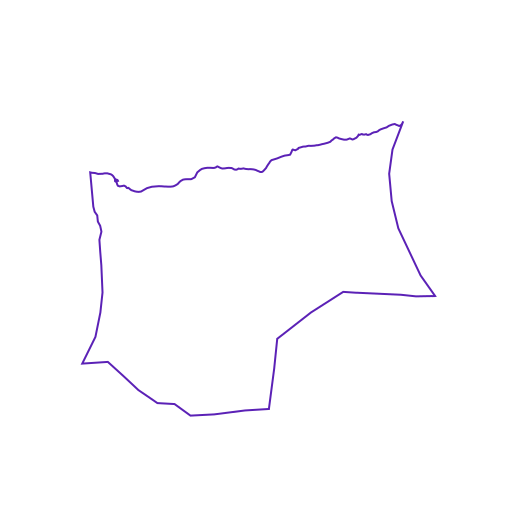 Ras Gharib, Al Bahr al Ahmar, Egypt (Natural Earth projection), rotated 287°
{"feature_id": "37247803B82534825994477", "entity_name": "Ras Gharib", "entity_type": "district", "adm_level": 2, "iso_a3": "EGY", "parent_name": "Egypt", "parent_adm1": "Al Bahr al Ahmar", "projection": "natural_earth1", "projection_center": [32.75, 28.506], "detail": "fine", "context": "isolated", "style": "outline", "palette": "violet", "viewbox_px": 512, "rotation_deg": 287, "n_neighbors": 0, "source": "geoboundaries", "source_scale": "gbopen_adm2", "svg_char_len": 3141}
<svg xmlns="http://www.w3.org/2000/svg" viewBox="0 0 512 512"><g transform="rotate(287 256 256)"><path d="M102.3,121.3L111.3,145.0L111.4,145.3L102.1,165.0L94.5,180.5L93.4,182.7L88.1,199.7L86.5,204.7L90.6,221.4L84.2,240.0L92.3,262.3L105.1,290.7L113.5,313.1L114.4,312.9L154.3,306.2L154.7,306.1L182.6,300.6L183.0,300.5L218.1,325.1L247.2,349.9L250.0,361.9L250.5,363.7L261.3,405.9L264.2,420.9L266.8,428.8L268.9,435.3L269.2,436.2L269.2,436.4L270.0,438.8L270.1,439.0L285.5,419.1L324.1,384.0L348.2,369.7L373.6,359.3L397.7,355.4L427.8,357.4L425.4,357.1L423.5,356.4L422.2,354.9L422.4,353.5L422.5,351.7L422.8,350.1L421.6,347.9L419.3,345.0L417.2,343.3L415.3,340.5L413.4,338.0L412.1,336.8L410.9,336.1L409.8,334.8L408.7,332.5L407.2,330.8L405.9,329.8L404.5,327.7L404.4,326.8L404.7,325.7L403.8,324.2L403.4,322.7L403.6,321.6L403.0,320.7L402.1,319.6L402.1,318.7L400.5,318.4L398.4,317.4L396.7,315.6L396.3,315.3L395.6,314.1L395.8,312.6L395.8,312.4L395.9,311.4L393.8,308.7L393.0,306.3L392.8,303.7L392.7,301.1L393.0,299.4L392.9,297.8L391.4,296.4L389.8,295.5L388.5,294.4L387.4,293.9L386.8,293.5L386.3,292.8L385.7,292.1L385.0,291.1L384.2,289.8L383.2,288.2L382.3,286.5L381.2,284.8L380.1,282.9L379.7,281.7L378.6,279.6L377.5,276.7L376.7,273.9L375.2,271.4L374.4,269.1L372.8,266.7L371.8,265.1L370.8,264.9L370.1,264.2L368.6,262.7L368.5,261.2L368.6,260.1L368.1,259.7L365.8,259.5L364.6,259.3L363.4,259.1L362.9,259.0L362.1,257.7L360.4,254.1L359.0,252.1L358.2,251.0L355.5,247.7L353.8,245.2L352.2,242.8L350.3,241.8L349.2,241.6L347.2,240.9L344.7,240.2L343.1,239.9L340.5,238.7L338.8,237.8L338.1,237.1L337.7,236.0L337.6,235.1L337.8,234.1L337.9,232.6L338.2,230.6L338.1,228.5L337.7,226.3L337.3,224.8L336.8,223.4L336.5,222.0L336.2,220.4L336.1,218.4L335.3,216.9L335.0,216.2L334.7,215.3L334.5,213.7L333.7,213.1L332.8,212.0L332.5,210.9L332.4,209.9L332.8,208.2L333.0,207.0L332.3,204.1L331.6,202.4L330.7,200.6L329.8,198.2L329.8,196.5L330.0,195.2L330.4,193.0L330.0,192.4L328.9,191.6L328.0,190.2L327.6,189.0L327.0,186.6L326.0,183.4L324.9,181.1L323.5,178.8L321.9,177.4L318.8,175.4L313.4,174.5L312.6,173.7L311.7,172.8L310.7,171.8L310.3,171.0L309.7,168.9L308.7,165.9L307.7,163.9L305.7,162.0L304.2,161.1L302.0,160.1L300.6,158.9L299.3,157.6L298.3,156.3L297.3,154.0L296.7,152.1L296.2,150.0L295.6,147.8L295.1,145.4L294.3,142.5L292.9,139.0L291.8,136.2L289.1,132.0L288.6,131.5L286.9,129.9L284.0,127.2L283.0,125.0L282.6,123.1L282.4,121.1L282.5,118.8L282.5,117.6L283.0,116.1L283.6,114.8L283.8,113.9L283.4,113.4L283.3,112.7L283.8,111.9L284.4,111.0L284.7,109.2L283.9,107.8L282.7,105.3L282.8,103.4L283.7,102.5L284.5,101.9L285.8,101.1L286.1,100.1L286.3,99.4L287.0,99.1L287.2,99.8L287.2,100.8L287.3,101.6L287.5,102.0L287.9,101.7L288.2,101.0L288.2,99.5L288.5,98.7L288.9,98.1L289.7,97.2L290.6,96.1L291.3,94.8L291.7,93.3L291.6,91.1L291.6,89.7L290.8,87.1L290.4,86.3L290.2,86.0L289.8,85.3L288.7,82.1L288.3,81.0L288.3,79.2L288.3,78.1L288.1,76.9L287.6,74.7L287.5,73.0L255.6,86.0L251.1,88.8L248.4,92.3L242.7,94.7L241.3,96.1L239.4,98.1L236.2,99.9L234.2,101.0L233.5,101.1L225.7,101.5L214.5,105.8L201.9,110.8L176.2,119.9L156.4,123.7L131.7,126.1L102.3,121.3Z" fill="none" stroke="#5b21b6" stroke-width="2"/></g></svg>